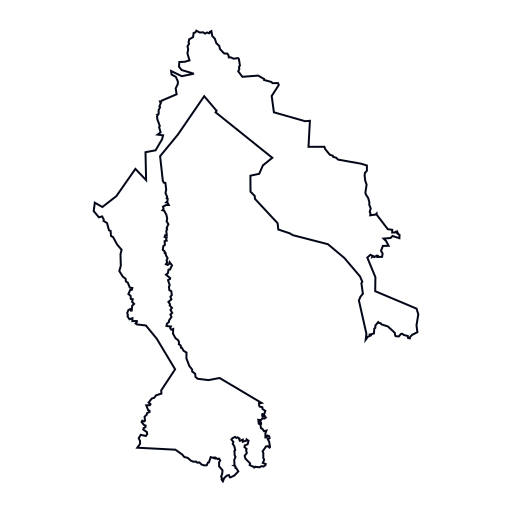 outline of Metlatónoc, Guerrero, Mexico
{"feature_id": "50627088B85830591431491", "entity_name": "Metlatónoc", "entity_type": "district", "adm_level": 2, "iso_a3": "MEX", "parent_name": "Mexico", "parent_adm1": "Guerrero", "projection": "robinson", "projection_center": [-98.445, 17.124], "detail": "fine", "context": "isolated", "style": "outline", "palette": "ink", "viewbox_px": 512, "rotation_deg": 0, "n_neighbors": 0, "source": "geoboundaries", "source_scale": "gbopen_adm2", "svg_char_len": 6063}
<svg xmlns="http://www.w3.org/2000/svg" viewBox="0 0 512 512"><path d="M94.8,202.7L93.7,211.1L98.9,217.3L102.1,216.4L103.7,219.4L103.5,220.9L107.0,223.0L109.0,230.3L110.6,230.9L111.0,236.0L113.0,237.0L117.1,244.5L121.6,249.8L120.5,254.2L120.8,265.8L119.3,271.0L122.7,276.5L125.7,278.9L125.9,281.4L127.8,282.6L129.8,287.6L132.3,288.0L131.9,289.7L130.2,290.0L128.4,294.0L130.6,295.8L130.8,298.9L132.7,299.2L132.1,301.8L134.1,303.9L132.2,305.7L131.7,310.6L131.0,310.7L130.1,309.1L128.4,310.1L127.2,313.0L127.9,315.0L127.5,316.3L129.5,319.3L132.4,318.2L132.4,321.1L136.8,321.0L137.0,321.8L135.6,323.5L136.9,324.4L145.9,325.5L156.8,338.8L175.1,369.3L161.2,390.4L161.4,393.6L156.1,395.3L154.3,397.7L151.7,398.6L148.6,402.6L150.5,404.2L149.9,405.2L146.3,405.3L148.1,410.1L149.5,410.7L149.6,411.9L147.1,413.1L146.7,414.7L144.6,416.7L145.0,420.7L144.1,421.4L142.3,420.7L141.6,422.0L143.9,424.9L145.6,425.6L145.4,427.2L143.5,428.2L143.3,429.6L146.9,432.1L147.2,434.0L145.8,436.0L140.8,434.8L138.7,438.2L140.0,441.0L140.1,443.8L137.3,447.7L175.4,449.7L182.2,454.5L184.3,457.0L187.8,457.9L190.6,460.5L193.3,461.7L196.1,461.6L197.3,462.7L199.4,462.4L201.5,464.5L204.2,465.4L206.7,465.3L207.9,462.6L208.9,462.4L210.7,457.1L214.6,458.3L214.4,457.5L215.3,457.5L217.7,459.1L219.0,458.6L220.2,460.4L219.1,462.3L219.1,466.3L222.5,470.3L222.2,473.9L221.1,476.6L221.9,478.0L221.6,479.5L222.9,481.3L224.2,478.1L226.8,475.6L228.9,475.1L229.8,477.3L230.7,477.3L234.4,475.5L238.3,471.4L236.3,468.2L235.5,468.0L235.4,466.3L234.1,465.6L234.6,465.5L234.2,460.0L235.5,457.0L234.7,455.5L234.4,451.0L235.2,450.2L234.3,446.2L232.7,443.8L233.4,442.0L231.4,439.5L232.4,438.2L235.1,436.9L236.3,437.9L237.7,437.4L239.5,438.6L239.2,439.5L239.9,440.8L242.8,439.7L242.8,441.7L246.2,440.7L246.6,439.4L248.5,440.8L247.6,444.3L244.8,445.4L244.4,447.0L246.6,449.0L246.1,450.1L246.8,453.0L244.7,455.7L244.8,456.8L245.6,458.8L250.1,463.4L249.7,465.1L253.7,466.9L254.6,468.2L254.4,467.0L255.1,466.7L259.3,467.3L261.4,466.2L263.6,466.5L265.5,465.1L265.7,464.0L262.8,462.9L264.2,459.8L263.3,457.9L263.3,452.8L262.6,451.3L266.1,446.4L268.0,446.2L269.5,447.6L270.0,447.1L269.2,441.8L267.8,439.2L269.6,438.2L269.2,436.3L267.5,435.5L266.8,436.0L266.8,437.3L265.4,437.4L265.4,433.4L266.4,430.6L264.0,431.2L262.3,428.8L261.0,428.2L260.5,425.0L261.2,423.8L260.9,422.3L260.3,422.2L259.4,424.0L258.8,423.7L258.3,419.8L260.7,420.2L262.6,418.3L264.2,418.6L265.8,417.6L264.6,415.8L262.5,416.4L262.1,415.0L262.4,414.1L264.2,414.2L265.3,410.9L262.6,409.1L262.3,407.2L259.7,406.6L259.2,405.8L259.0,403.3L261.5,402.9L219.6,378.0L208.5,380.1L197.8,378.8L195.6,377.1L195.1,373.7L192.2,371.5L192.1,369.5L189.3,366.0L186.4,358.3L186.5,352.6L183.5,350.7L181.9,347.8L180.9,347.6L180.7,345.5L178.8,344.2L179.1,342.6L178.4,340.4L175.5,338.2L173.0,333.7L173.2,329.0L171.3,329.7L170.1,328.0L170.9,326.5L166.5,326.0L166.9,323.7L169.0,321.9L169.1,320.3L171.5,317.0L170.4,314.5L172.2,312.9L170.5,309.9L172.0,307.9L169.7,305.5L170.0,304.1L168.4,301.9L171.4,299.4L170.4,296.7L171.8,295.1L171.3,291.2L169.4,290.2L168.9,286.8L169.7,285.1L168.0,280.1L170.1,278.9L170.1,278.0L166.0,274.7L167.9,273.1L168.5,269.7L170.0,269.5L172.0,265.3L169.6,262.2L169.3,263.7L167.7,265.0L165.9,264.2L167.1,262.5L166.6,260.4L167.6,258.2L165.9,255.2L165.6,253.1L164.7,253.0L164.7,251.4L162.8,249.9L163.3,246.1L164.9,244.9L164.6,241.2L166.7,240.6L166.1,239.0L166.6,237.7L164.6,236.9L165.3,235.1L166.8,235.4L166.3,230.9L167.2,229.2L166.6,228.1L168.4,224.2L166.6,221.2L167.2,218.7L166.4,214.8L164.3,210.9L162.5,210.2L163.6,209.0L163.0,206.6L165.9,205.1L168.8,205.0L167.5,202.7L166.2,202.4L167.4,201.3L167.7,198.8L166.7,198.3L167.2,197.0L165.5,193.0L166.2,189.6L165.4,182.9L163.8,182.7L162.8,180.7L160.1,156.2L177.8,134.7L204.2,96.2L216.6,110.8L215.6,112.3L272.3,157.8L262.9,165.4L259.2,173.8L250.4,175.7L250.5,191.7L254.7,195.9L255.0,198.9L277.6,223.2L278.3,229.5L289.4,233.2L293.0,235.2L327.9,244.2L344.3,257.9L360.0,276.4L362.3,281.7L361.4,283.2L362.9,293.7L360.4,296.8L358.9,300.5L366.4,333.7L365.7,339.7L367.9,336.7L370.7,335.5L369.9,334.5L373.9,333.5L374.3,328.6L375.3,327.8L375.4,325.5L378.2,322.1L379.0,323.0L380.6,323.2L381.5,324.4L387.8,326.4L394.7,332.7L395.3,335.8L396.4,336.3L398.8,336.4L401.0,333.9L402.3,333.8L403.8,335.0L407.8,336.0L408.0,337.9L409.8,338.4L410.2,336.8L412.2,334.8L417.4,332.2L416.5,325.3L418.3,314.3L416.5,308.6L375.2,291.2L375.4,277.2L367.3,257.6L370.4,254.8L372.5,255.8L372.2,257.0L373.6,256.3L374.3,257.1L376.8,255.6L377.8,255.8L377.5,257.0L382.1,256.8L382.6,253.5L381.0,250.8L382.9,245.9L388.6,245.8L386.1,241.0L383.6,238.6L390.5,238.0L392.5,236.0L399.4,238.2L399.5,234.8L398.2,234.0L397.3,232.0L396.9,232.9L395.9,231.7L395.1,232.4L392.2,232.6L392.2,229.8L387.8,229.2L376.7,214.7L376.6,213.5L375.5,214.6L370.2,215.3L370.5,213.5L369.7,212.0L370.7,208.4L369.3,204.9L369.3,202.1L368.2,198.0L365.8,194.4L365.4,192.6L366.6,184.7L365.2,180.6L364.6,175.3L365.0,172.9L366.9,170.7L366.9,165.5L361.1,163.7L338.1,159.6L336.1,157.7L333.2,156.9L332.8,155.7L329.8,154.7L325.2,149.1L324.4,146.8L308.5,146.8L309.9,120.8L305.1,121.2L273.9,112.3L271.7,96.0L278.8,85.0L278.0,83.1L272.5,83.1L271.2,81.9L264.1,80.0L264.1,79.0L258.1,75.6L242.4,76.8L238.2,71.3L239.3,69.2L239.0,67.0L239.9,65.5L238.9,59.0L238.1,58.1L233.6,58.7L230.6,57.3L228.8,57.4L228.5,55.3L227.3,53.6L224.3,53.5L222.8,52.1L219.9,48.9L219.3,46.0L216.3,43.1L214.8,38.6L212.3,36.1L211.4,31.1L209.9,31.8L210.0,32.6L209.0,33.3L207.0,32.5L205.1,33.6L203.1,32.3L199.7,32.5L196.3,30.7L195.4,32.4L193.6,33.0L193.1,37.1L189.1,39.4L188.6,42.5L189.1,43.8L187.5,46.3L188.2,49.3L187.4,53.3L189.5,60.4L184.6,61.8L179.3,62.0L179.0,66.7L181.6,70.0L193.9,73.7L181.8,76.2L171.1,71.0L171.6,74.6L175.8,76.8L177.9,81.5L177.8,84.0L175.7,88.4L176.6,94.3L161.5,100.7L161.3,101.6L160.0,101.5L160.7,103.3L159.4,106.4L160.1,107.2L158.6,110.2L158.7,113.8L157.2,114.7L157.7,115.3L157.0,116.4L157.4,119.4L159.8,126.0L159.1,127.1L160.6,132.3L157.6,134.6L163.1,135.3L162.1,139.2L155.6,150.3L145.5,152.2L146.1,180.1L135.4,168.9L116.4,196.1L102.4,207.0L94.8,202.7Z" fill="none" stroke="#020617" stroke-width="2"/></svg>